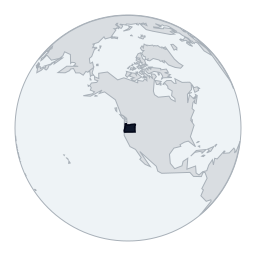 the Earth from above Oregon
{"feature_id": "USA-3525", "entity_name": "Oregon", "entity_type": "State", "adm_level": 1, "iso_a3": "USA", "parent_name": "United States of America", "parent_adm1": "", "projection": "orthographic", "projection_center": [-121.855, 44.128], "detail": "fine", "context": "on_globe", "style": "filled", "palette": "ink", "viewbox_px": 256, "rotation_deg": 0, "n_neighbors": 0, "source": "natural_earth", "source_scale": "10m", "svg_char_len": 10886}
<svg xmlns="http://www.w3.org/2000/svg" viewBox="0 0 256 256"><circle cx="128" cy="128" r="113" fill="#eef3f6" stroke="#a8b0b8"/><path d="M36.1,190.2L36.3,190.7L36.1,190.2ZM199.8,214.8L201.3,213.5L211.2,201.1L210.8,199.8L206.2,201.3L200.9,195.8L203.4,189.9L201.8,188.7L207.1,178.2L205.0,172.4L202.9,172.8L201.3,176.6L193.5,176.4L189.9,172.4L161.7,173.3L157.8,171.2L156.3,166.3L139.8,151.5L150.3,166.6L145.2,164.4L139.8,159.3L141.2,157.6L135.5,149.4L130.0,146.6L124.2,135.4L124.3,120.0L127.0,122.2L126.7,118.4L123.3,115.6L121.1,114.6L115.4,99.8L104.6,91.9L99.2,93.5L102.0,90.1L90.5,96.2L83.3,95.7L92.6,93.8L94.5,91.8L90.3,90.1L91.3,87.7L89.8,85.6L91.4,83.0L96.7,82.4L97.9,80.8L94.8,79.8L94.5,76.7L98.8,78.5L98.7,73.3L107.5,72.0L117.7,79.9L123.9,77.8L137.7,82.8L137.7,80.4L142.9,81.2L144.9,78.9L146.9,80.7L146.7,77.3L144.4,76.1L143.6,74.3L144.5,72.9L147.3,74.9L147.2,75.9L148.5,75.7L149.5,77.4L149.5,75.8L152.7,78.5L151.0,73.8L154.7,74.3L156.4,76.7L154.4,79.0L153.4,91.2L154.5,94.7L158.2,97.2L169.0,96.2L171.1,99.3L175.2,101.5L174.9,98.5L171.6,95.7L172.2,91.0L168.0,88.4L167.7,86.2L164.2,82.7L166.7,80.6L171.1,80.5L174.1,83.3L176.1,83.4L174.9,78.7L182.1,82.4L189.6,82.2L191.2,83.6L191.5,89.5L187.4,94.3L187.7,103.0L189.5,94.8L193.6,98.8L195.2,98.5L196.1,97.0L195.4,94.5L197.2,95.5L196.1,103.7L194.4,102.9L194.8,100.2L192.9,102.6L192.1,108.6L194.2,110.5L190.9,118.4L192.3,119.8L192.4,122.5L190.3,119.6L194.1,125.2L190.4,136.7L195.5,146.7L188.3,141.1L184.4,142.2L180.0,144.7L180.8,146.4L173.9,148.1L169.5,154.2L170.3,163.4L174.7,168.7L182.0,165.8L183.1,161.4L187.8,158.2L186.9,169.2L195.6,166.0L196.1,173.0L199.0,175.0L202.7,171.7L206.8,170.7L208.8,165.0L212.4,159.7L213.4,164.9L214.7,158.3L217.2,158.9L223.8,151.5L223.6,153.3L229.3,152.9L233.9,148.1L235.0,149.9L234.6,153.0L235.9,151.0L235.8,152.3L239.4,143.1L239.9,141.1L238.6,149.6L236.6,157.9L234.0,166.1L230.8,174.1L227.0,181.8L222.6,189.2L217.6,196.2L212.2,202.9L206.2,209.1L199.8,214.8ZM68.7,163.4L68.9,161.0L70.2,163.0L68.7,163.4ZM68.1,159.2L68.2,160.1L67.9,159.2L68.1,159.2ZM67.2,158.3L67.8,158.9L67.0,158.5L67.2,158.3ZM65.9,157.5L66.6,157.9L65.9,157.5ZM196.3,150.5L206.1,149.5L201.7,153.5L202.3,152.0L199.6,151.5L194.9,152.3L190.7,156.1L196.3,150.5ZM64.2,155.5L63.8,154.9L64.5,155.0L64.2,155.5ZM198.0,142.2L196.4,142.9L197.8,141.8L198.0,142.2ZM119.9,114.7L123.1,115.8L125.8,119.4L123.1,118.7L119.9,114.7ZM114.9,108.1L116.7,107.8L116.8,111.6L115.7,110.6L114.9,108.1ZM95.2,95.3L97.6,96.0L94.9,96.2L95.2,95.3ZM89.4,85.8L88.3,86.4L88.0,85.1L89.4,85.8ZM163.0,84.2L163.6,83.5L163.9,84.5L163.0,84.2ZM161.0,83.4L161.0,85.1L160.0,84.9L160.0,83.9L161.0,83.4ZM90.2,80.0L89.9,77.8L91.1,79.9L90.2,80.0ZM161.2,81.4L158.2,84.6L156.5,84.4L155.2,80.4L161.2,81.4ZM90.4,76.5L89.8,71.4L87.5,72.2L93.7,67.4L92.1,73.1L93.9,75.5L91.8,75.1L90.4,76.5ZM143.3,76.4L145.7,77.6L142.9,77.9L143.3,76.4ZM141.7,77.0L134.1,81.1L131.0,78.8L134.2,77.8L129.5,76.1L131.8,72.9L134.8,73.2L136.4,75.2L136.0,72.5L141.7,77.0ZM97.1,65.6L97.8,64.4L98.1,65.6L97.1,65.6ZM143.1,73.6L141.8,74.5L139.0,72.6L141.1,70.3L141.3,71.7L143.1,73.6ZM127.2,77.3L125.5,75.5L126.8,72.4L126.4,71.4L131.5,72.7L127.2,77.3ZM142.4,71.4L142.1,69.3L144.3,69.0L144.1,72.5L142.4,71.4ZM137.5,73.1L136.3,72.1L137.6,71.9L137.5,73.1ZM151.8,67.0L150.3,68.0L148.8,67.0L151.8,67.0ZM141.9,68.5L141.2,68.6L140.4,68.4L140.7,67.0L141.9,68.5ZM132.1,70.5L133.0,69.6L130.1,69.8L131.0,67.6L134.3,68.9L133.2,67.4L133.5,66.8L135.9,68.6L132.1,70.5ZM138.6,64.9L143.1,66.1L146.1,64.3L147.6,65.1L142.5,67.8L138.6,64.9ZM136.8,66.9L138.3,65.8L139.3,67.3L139.0,68.9L136.8,66.9ZM130.4,65.7L128.2,68.7L127.5,68.3L130.4,65.7ZM139.3,64.1L138.2,63.9L139.4,63.8L139.3,64.1ZM132.9,64.9L132.2,65.9L131.5,65.5L132.9,64.9ZM136.6,62.6L138.0,62.9L137.8,64.0L136.6,62.6ZM134.7,63.4L133.9,62.5L136.9,64.2L134.5,63.9L134.7,63.4ZM132.3,64.3L131.7,64.3L132.7,63.9L132.3,64.3ZM136.4,58.5L140.3,60.3L139.9,62.6L136.2,60.5L136.4,58.5ZM233.6,88.9L231.1,82.7L229.0,79.2L210.2,52.9L208.0,49.7L195.2,37.7L193.9,36.7L196.2,38.4L202.4,43.4L208.2,48.9L213.6,54.7L218.5,61.0L223.0,67.5L227.1,74.4L230.6,81.5L233.6,88.9ZM154.9,18.6L157.0,19.2L152.9,18.3L158.6,19.7L157.5,19.3L161.1,20.4L162.3,20.8L160.8,20.4L163.6,21.4L170.1,23.5L169.8,23.4L176.2,26.2L177.9,27.0L178.0,27.0L181.6,28.9L181.8,29.1L180.5,28.4L183.6,31.4L185.8,32.3L182.9,29.7L184.6,30.7L187.5,32.3L186.5,31.9L189.0,34.9L195.4,40.0L206.5,48.5L209.6,52.2L211.0,55.0L204.1,50.9L197.8,43.2L195.3,42.1L194.1,43.6L192.3,41.2L191.0,41.0L188.4,38.4L182.3,35.3L179.3,33.0L174.6,32.5L172.4,31.4L175.8,31.9L176.6,31.3L168.8,26.5L166.6,25.8L164.1,25.9L162.3,24.8L160.9,25.6L155.3,23.7L161.0,26.8L158.3,27.4L153.6,26.9L153.8,27.8L161.4,28.7L163.5,28.7L163.6,27.7L170.2,28.5L173.4,30.1L170.4,31.6L174.6,34.1L170.4,34.5L152.4,31.1L146.2,29.6L140.7,24.6L143.5,24.1L146.9,25.6L145.9,23.2L144.9,23.9L143.4,23.0L140.4,23.8L139.2,23.3L138.4,25.0L136.6,24.5L137.1,23.4L131.1,24.4L126.7,23.9L125.9,24.4L126.4,25.1L120.4,24.2L120.1,24.6L122.0,25.1L122.6,26.3L121.3,28.3L119.3,27.8L119.5,27.1L116.9,25.0L117.7,23.3L116.8,23.3L115.6,24.8L118.8,27.2L118.5,28.6L116.6,27.4L117.3,27.9L116.6,28.5L114.0,28.7L115.9,30.0L110.7,37.4L105.2,38.9L104.0,36.8L98.3,42.4L92.5,44.2L94.2,44.5L92.6,47.7L94.4,47.2L95.1,47.7L91.7,56.5L89.4,58.4L89.9,63.1L90.8,63.3L92.5,62.1L93.7,67.4L87.5,72.2L85.9,71.4L83.2,75.2L79.7,72.9L75.7,72.9L73.5,68.5L70.4,69.1L69.7,70.6L65.1,72.8L57.9,72.6L66.8,66.2L78.2,66.4L73.8,65.6L75.7,63.9L74.7,62.6L71.6,62.3L70.6,63.4L70.4,54.5L64.6,51.8L62.8,55.9L59.5,58.4L51.4,60.2L46.9,55.1L42.5,59.5L40.9,60.6L41.6,58.4L44.1,56.7L46.7,53.6L47.9,53.1L50.0,49.4L51.9,48.6L52.5,46.4L50.0,48.4L47.5,51.7L47.2,50.6L42.0,56.0L39.2,59.0L39.3,58.5L44.5,52.3L50.2,46.6L56.2,41.2L62.6,36.3L69.4,31.8L76.4,27.9L83.7,24.4L91.2,21.5L98.9,19.2L106.8,17.4L114.8,16.1L122.8,15.5L130.9,15.4L139.0,15.9L147.0,17.0L154.9,18.6ZM218.7,62.0L219.7,63.1L218.7,62.0ZM135.0,15.6L134.9,15.6L137.3,15.8L141.8,16.2L135.0,15.6ZM224.0,151.2L224.9,151.3L223.9,152.6L224.0,151.2ZM201.7,156.2L203.5,155.1L204.7,155.3L203.4,156.6L201.7,156.2ZM215.2,145.2L217.0,144.1L215.4,146.2L215.2,145.2ZM207.5,149.2L213.9,146.4L210.8,151.2L206.7,152.9L209.2,150.4L207.5,149.2ZM198.4,146.2L199.7,145.8L199.7,147.1L198.4,146.2ZM199.0,141.5L198.7,141.9L197.8,141.4L199.0,141.5ZM193.7,98.4L193.8,97.7L195.1,96.6L195.1,98.0L193.7,98.4ZM197.2,86.8L200.1,88.7L198.0,88.2L198.6,90.4L194.9,92.3L191.9,84.4L193.9,87.6L197.2,86.8ZM189.2,93.1L191.9,92.5L189.1,93.5L189.2,93.1ZM186.7,43.2L186.6,42.1L188.8,42.8L192.6,46.4L189.5,45.2L186.7,43.2ZM186.0,40.3L181.9,41.2L179.4,39.3L181.5,40.2L180.2,38.8L183.3,39.9L184.8,37.4L186.9,38.0L192.8,43.8L189.8,41.5L190.0,42.7L186.0,40.3ZM175.9,49.2L174.1,50.1L170.9,44.5L173.0,44.3L176.9,47.7L176.8,49.9L175.9,49.2ZM159.4,74.0L158.9,75.2L158.2,74.5L158.0,73.1L159.4,74.0ZM151.2,67.5L160.7,68.5L160.7,69.8L166.3,69.1L168.3,72.3L164.6,72.6L170.4,74.7L167.8,76.3L171.8,77.5L163.2,77.8L161.2,79.5L162.7,76.3L160.9,73.2L159.5,72.4L154.0,71.4L148.7,73.8L146.0,71.4L145.6,69.0L146.5,68.0L147.9,69.9L148.1,67.3L150.8,69.3L151.2,67.5ZM142.0,45.9L143.3,47.9L144.1,44.1L146.8,45.6L146.7,45.1L149.5,45.5L152.7,45.1L153.6,46.1L154.5,45.6L156.3,45.9L157.8,45.6L160.0,47.3L162.0,47.0L161.9,48.0L164.7,47.2L163.7,48.6L165.9,49.4L165.8,47.6L174.3,59.0L178.7,63.0L183.0,65.7L180.6,68.2L175.1,67.4L168.5,64.9L164.5,60.8L164.2,62.8L162.2,61.5L163.3,60.5L160.4,61.3L159.1,60.0L153.2,58.5L149.8,60.8L147.5,60.4L148.2,58.9L145.5,59.7L145.2,56.6L143.6,56.3L141.7,53.1L143.9,50.5L142.0,50.4L140.4,48.1L142.0,45.9ZM136.0,57.5L138.0,53.8L140.5,52.8L142.7,58.8L144.2,59.5L145.8,63.6L142.1,64.9L142.0,63.6L141.1,62.6L142.6,62.6L140.7,61.9L140.5,60.2L138.9,59.2L140.0,58.2L136.0,57.5ZM189.9,33.9L191.3,34.9L190.1,34.1L187.9,32.6L189.2,33.5L189.9,33.9ZM193.2,36.9L191.9,36.0L193.4,36.6L194.6,37.6L193.2,36.9ZM189.9,35.0L191.7,35.9L191.5,36.0L189.9,35.0ZM174.5,31.2L173.0,30.4L173.3,30.2L174.7,30.6L174.5,31.2ZM144.9,35.8L145.2,36.9L144.5,36.9L143.0,39.0L140.8,38.2L140.9,36.6L144.9,35.8ZM142.3,35.2L141.9,36.1L141.1,35.2L142.3,35.2ZM139.2,37.7L137.9,36.7L140.4,38.3L139.2,37.7ZM37.0,61.7L36.7,62.0L37.0,61.7ZM123.3,31.1L127.8,29.0L129.6,27.2L128.4,25.8L132.1,27.0L129.3,29.7L123.3,31.1ZM112.4,36.6L113.5,38.1L111.8,38.3L111.3,38.0L112.4,36.6ZM114.0,36.9L117.7,37.3L117.5,38.7L114.6,38.1L114.0,36.9ZM130.1,35.6L131.6,35.0L132.2,35.8L130.1,35.6ZM34.5,189.0L35.7,190.9L34.6,189.6L34.5,189.0ZM36.3,190.7L35.0,189.2L36.1,190.2L36.3,190.7ZM25.6,174.8L26.3,176.3L26.2,176.0L25.6,174.8ZM25.2,174.0L25.1,173.5L25.6,174.7L25.2,174.0ZM20.4,161.2L20.5,161.3L20.8,162.2L20.4,161.2ZM19.7,158.9L19.2,156.9L19.1,156.5L19.7,158.9ZM19.4,157.5L19.2,156.4L20.0,159.6L19.4,157.5ZM18.0,152.1L19.0,155.8L18.0,152.0L18.0,152.1ZM17.8,151.0L17.3,148.8L17.3,148.7L17.8,151.0ZM16.5,143.9L17.1,147.9L17.2,148.1L16.9,146.7L16.5,143.9ZM15.6,135.7L15.8,138.2L16.1,141.2L16.0,139.8L15.6,135.7ZM36.5,67.1L38.0,65.7L37.4,67.5L36.5,67.9L36.5,67.1ZM36.8,72.7L37.7,67.5L38.7,63.7L37.4,65.5L35.9,66.2L38.8,62.6L39.6,64.0L38.5,67.2L40.2,66.6L40.5,68.6L43.3,66.9L44.1,67.6L41.2,70.3L36.8,72.7ZM44.6,66.0L49.6,64.4L47.6,68.7L46.1,70.0L44.6,68.9L45.7,66.6L44.6,66.0ZM50.2,65.3L51.4,63.2L61.1,57.9L62.7,57.9L54.2,63.9L54.8,62.3L52.8,62.9L50.2,65.3ZM96.6,64.4L97.7,64.4L96.6,65.2L96.6,64.4ZM96.1,47.3L96.9,48.0L95.6,48.8L96.1,47.3ZM98.3,50.5L99.2,49.1L99.0,50.8L98.3,50.5ZM101.1,46.1L100.0,48.7L99.9,45.9L101.1,46.1Z" fill="#d9dde1" stroke="#a8b0b8" stroke-width="1"/><path d="M124.2,130.3L124.3,130.1L124.3,129.9L124.4,129.6L124.5,129.5L124.5,129.4L124.5,129.5L124.5,129.4L124.6,129.1L124.7,128.9L124.8,128.8L124.8,128.7L124.8,128.8L124.8,128.7L124.7,128.7L124.7,128.8L124.7,128.7L124.7,128.4L124.8,128.2L124.8,127.8L124.8,127.7L124.9,127.4L125.0,127.4L124.9,127.3L124.9,127.2L125.0,127.0L124.9,127.0L124.9,126.9L124.9,126.7L125.0,126.5L125.0,126.4L125.0,126.2L125.1,125.9L125.1,125.7L125.1,125.4L125.1,125.5L125.2,125.4L125.1,125.2L125.1,125.3L125.2,125.2L125.2,124.9L125.1,125.0L125.1,124.9L125.1,124.7L125.1,124.8L125.1,124.7L125.1,124.4L125.2,124.1L125.1,123.9L125.2,124.0L125.3,124.0L125.3,123.9L125.5,124.0L125.6,123.9L125.8,123.8L125.9,124.0L126.0,124.0L126.3,123.9L126.3,124.0L126.5,124.0L126.6,124.3L126.7,124.5L126.8,124.7L126.8,124.8L126.8,125.0L127.0,125.1L127.3,125.1L127.5,125.2L127.8,125.0L128.0,124.9L128.4,124.9L128.8,124.9L128.9,125.0L129.0,125.1L129.3,125.0L129.5,124.9L129.9,124.9L130.0,124.9L130.3,124.8L130.3,124.7L130.6,124.6L131.0,124.5L131.1,124.4L131.4,124.4L131.8,124.4L134.8,124.1L134.9,124.3L135.0,124.4L135.1,124.5L135.3,124.5L135.4,124.8L135.3,125.0L135.2,125.3L135.2,125.5L135.1,125.8L135.0,126.0L135.0,126.3L134.9,126.3L134.9,126.5L134.7,126.6L134.7,126.8L134.6,127.0L134.5,127.3L134.6,127.5L134.8,127.5L135.0,127.6L135.0,127.8L134.9,127.8L134.9,128.0L134.9,128.3L134.9,128.5L135.1,132.0L124.6,132.1L124.4,132.0L124.4,131.9L124.3,131.7L124.3,131.4L124.3,131.2L124.3,130.9L124.2,130.8L124.2,130.7L124.2,130.3Z" fill="#0f172a" stroke="#020617" stroke-width="1.5"/></svg>